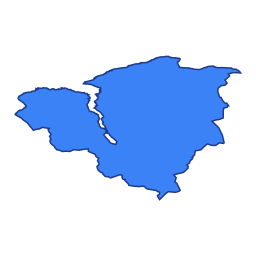 Sykkylven nor, Møre og Romsdal, Norway (Robinson projection)
{"feature_id": "86288312B25663992073727", "entity_name": "Sykkylven nor", "entity_type": "district", "adm_level": 2, "iso_a3": "NOR", "parent_name": "Norway", "parent_adm1": "Møre og Romsdal", "projection": "robinson", "projection_center": [6.578, 62.336], "detail": "fine", "context": "isolated", "style": "filled", "palette": "blue", "viewbox_px": 256, "rotation_deg": 0, "n_neighbors": 0, "source": "geoboundaries", "source_scale": "gbopen_adm2", "svg_char_len": 5614}
<svg xmlns="http://www.w3.org/2000/svg" viewBox="0 0 256 256"><path d="M240.6,72.9L239.5,71.3L238.5,71.0L238.2,70.3L237.4,70.2L236.3,69.3L233.1,69.1L232.0,68.7L231.7,68.1L222.0,67.6L217.8,67.7L214.6,67.0L214.6,66.7L213.3,66.4L213.2,66.1L208.5,66.4L206.5,67.0L206.5,67.3L203.6,67.9L203.6,68.2L199.3,69.6L194.1,69.2L192.7,68.7L189.5,68.4L189.5,68.1L188.9,68.0L181.3,67.6L179.2,67.0L179.3,66.6L177.5,63.3L177.6,62.0L178.5,61.7L179.9,59.9L180.1,59.1L179.4,58.3L176.0,58.2L176.0,57.9L175.2,57.8L171.5,57.8L171.5,57.5L169.4,57.0L168.6,56.4L165.5,56.4L163.9,56.9L160.8,56.9L156.4,57.9L156.4,58.2L154.6,58.7L154.6,59.2L151.8,59.9L151.8,60.2L151.3,60.2L151.3,60.6L150.8,60.6L150.5,61.0L150.0,60.9L149.8,61.4L149.0,61.4L149.0,61.7L146.9,62.2L146.9,62.6L141.2,62.7L141.2,63.0L140.1,63.0L139.9,63.7L135.2,64.0L131.6,65.0L131.6,65.3L129.0,65.6L128.7,65.6L128.8,66.1L128.0,66.1L127.8,66.9L126.2,67.5L119.2,68.2L118.4,68.5L114.0,69.1L111.9,69.8L112.0,70.2L111.4,70.2L111.7,70.6L109.4,70.8L109.4,71.3L106.6,72.0L106.6,72.8L105.8,72.8L105.8,73.3L104.3,73.7L104.3,74.1L103.0,74.7L97.9,76.0L96.0,76.8L95.2,77.4L96.1,77.4L95.5,77.8L95.5,78.3L93.9,78.9L93.6,79.7L88.8,81.1L84.8,81.9L84.7,82.2L84.7,82.5L85.1,82.5L84.7,82.6L85.0,83.0L84.5,83.4L83.6,83.4L83.4,83.7L85.5,84.0L87.3,84.0L87.5,83.7L87.7,83.8L88.8,84.3L90.0,84.2L93.7,85.4L93.8,85.7L95.7,86.5L96.5,86.5L96.7,86.8L98.0,87.1L98.0,87.4L100.0,87.7L99.8,87.9L100.2,88.3L100.2,88.9L100.7,88.9L100.5,89.9L99.8,89.9L100.6,90.1L100.5,90.7L100.3,90.9L99.5,90.8L99.6,89.9L99.4,89.9L99.4,90.9L100.9,91.3L100.4,92.3L99.9,92.3L99.1,92.9L98.9,93.6L97.8,94.3L97.0,93.7L95.5,94.3L96.5,95.4L97.6,95.7L97.1,96.3L98.3,97.2L97.9,98.7L96.8,98.7L97.4,98.9L97.4,99.4L95.5,100.8L95.0,100.9L94.7,101.4L94.6,101.9L95.0,102.5L95.6,102.7L95.4,102.9L96.8,104.6L96.4,105.2L96.9,105.6L95.7,106.0L96.2,106.5L94.1,108.0L95.2,108.4L96.8,109.9L99.7,111.7L100.9,112.7L102.0,114.5L103.2,115.6L103.6,117.1L101.2,118.7L101.4,119.3L102.2,120.0L102.2,120.9L103.2,121.8L103.3,122.3L102.5,123.2L102.7,123.9L104.6,125.7L105.5,127.1L105.6,127.4L105.2,127.7L104.6,128.2L104.3,128.1L105.4,128.8L106.0,128.7L106.2,130.2L106.5,130.5L107.3,130.5L107.6,131.0L107.5,133.0L106.8,133.2L108.8,133.6L109.3,134.1L109.8,135.3L111.4,136.6L111.3,136.9L112.8,137.9L116.9,141.5L116.5,142.1L116.5,143.0L116.0,143.6L116.1,144.1L115.5,144.4L110.8,143.2L109.1,141.1L108.8,140.3L108.0,139.9L103.9,135.1L104.0,134.4L104.8,133.5L105.8,133.1L105.8,132.5L106.8,132.3L106.4,131.5L106.6,131.2L106.0,130.6L105.8,130.3L105.7,129.5L105.4,129.2L104.0,128.8L103.2,128.2L102.2,128.3L101.1,127.9L99.5,126.0L99.2,124.2L97.9,121.8L98.2,121.6L97.9,121.0L99.0,119.9L99.3,118.2L98.7,117.1L98.2,115.6L98.4,115.2L98.0,114.7L96.6,114.1L96.8,114.0L96.6,113.7L94.7,113.1L94.3,112.4L92.3,112.0L91.7,111.5L90.1,111.4L89.5,110.8L88.3,108.7L88.0,107.8L88.2,107.5L87.5,106.4L87.1,104.3L88.4,102.5L88.5,101.7L89.4,100.8L89.1,100.7L89.3,100.4L88.6,99.3L89.0,99.0L88.6,98.8L89.8,98.7L89.7,98.2L90.1,97.9L90.1,97.5L89.3,96.7L88.6,95.6L87.9,95.6L87.8,94.7L88.1,94.6L87.7,94.5L87.7,94.2L87.2,93.7L84.4,93.3L84.1,93.0L84.1,92.6L82.6,92.8L77.8,91.9L76.0,92.1L75.1,91.9L73.8,91.0L71.6,90.4L71.4,89.9L70.1,89.5L68.8,89.6L66.4,88.4L64.5,88.0L64.1,88.3L61.4,87.8L61.6,88.8L61.9,88.9L61.7,89.1L58.2,89.3L58.3,89.0L56.7,89.7L54.9,89.6L53.9,89.2L54.1,89.1L53.8,88.8L52.7,88.7L50.3,89.7L49.1,89.5L48.1,89.0L48.2,88.8L47.8,88.5L46.3,87.9L45.0,88.1L43.7,87.7L41.3,88.4L38.6,88.0L38.9,88.4L38.0,88.5L38.3,88.7L38.0,88.9L36.7,88.7L37.3,89.3L36.7,89.4L36.9,89.5L36.9,89.8L35.5,90.1L34.9,91.0L31.7,91.4L31.3,92.0L30.7,92.2L28.1,92.2L25.3,92.7L24.9,93.2L23.7,93.2L23.7,93.6L19.2,96.2L19.3,96.3L18.7,96.9L18.1,98.0L18.7,99.5L23.8,103.1L24.9,104.7L26.1,105.6L26.2,106.0L25.8,106.3L26.1,106.5L25.6,107.5L24.1,107.9L23.4,108.9L22.3,109.7L19.8,110.5L19.8,110.3L20.4,110.1L19.7,110.2L18.5,111.0L17.4,111.9L17.2,112.4L15.7,113.4L15.4,114.3L15.6,114.3L15.4,114.5L15.8,115.0L21.7,118.3L22.8,119.6L27.3,122.8L30.0,126.3L32.5,129.1L33.3,130.3L37.1,129.1L39.4,129.0L42.3,127.4L49.2,128.4L48.4,129.1L48.2,129.6L48.3,130.5L49.7,132.8L50.3,133.1L51.0,134.4L49.6,136.3L51.0,139.4L50.1,140.2L49.9,140.8L50.2,142.3L51.0,143.6L54.7,146.8L54.8,147.5L56.6,149.6L60.2,150.5L62.4,151.5L66.7,151.2L68.9,151.5L70.3,151.3L73.6,149.7L79.1,150.2L85.4,149.0L87.0,149.2L88.4,149.0L88.4,151.4L94.9,154.1L95.4,154.8L95.6,155.9L96.5,157.0L98.6,158.1L97.5,160.9L98.8,163.1L99.1,164.1L97.9,165.7L97.0,166.4L97.5,168.8L98.4,170.4L100.6,172.2L102.5,173.0L102.8,174.0L105.3,176.5L108.5,176.8L110.1,177.7L111.0,177.8L119.7,174.8L121.8,175.2L122.1,175.6L122.1,177.4L122.6,178.9L123.4,179.3L125.2,179.6L124.9,180.5L128.2,183.7L128.9,185.3L133.8,186.2L138.7,186.6L142.4,186.2L144.1,186.4L144.8,186.7L145.4,187.7L147.0,188.9L156.2,190.5L156.8,190.7L157.3,191.5L159.5,192.1L159.6,192.9L159.3,194.4L157.5,195.5L157.7,196.5L159.6,199.6L165.8,193.5L168.2,191.7L175.7,192.3L179.0,191.3L180.2,190.3L176.8,183.3L174.9,182.0L176.2,177.8L173.8,174.8L183.5,172.4L188.0,168.2L188.1,166.3L187.8,165.9L187.4,165.7L187.4,165.3L186.9,165.1L188.1,163.9L189.5,163.1L189.8,161.7L190.6,160.0L191.4,159.9L192.3,158.9L192.8,157.4L192.2,157.2L194.5,155.1L195.3,150.8L201.0,149.8L203.2,147.5L207.3,143.9L211.6,145.3L215.0,145.5L216.7,144.8L219.0,142.9L223.7,143.4L224.1,142.6L222.3,135.1L218.6,127.6L212.0,121.2L215.1,120.2L220.3,119.2L221.6,118.5L223.0,118.2L223.2,117.5L223.3,111.2L223.7,108.2L227.4,107.1L227.6,105.9L228.6,105.8L226.7,103.1L225.3,103.5L222.6,100.5L221.1,97.5L219.6,97.2L217.7,91.3L218.1,88.1L221.3,85.7L225.2,85.1L227.1,83.2L225.0,80.1L229.6,76.0L228.3,73.9L233.5,72.6L240.6,72.9Z" fill="#3b82f6" stroke="#1e3a8a" stroke-width="1.5"/></svg>